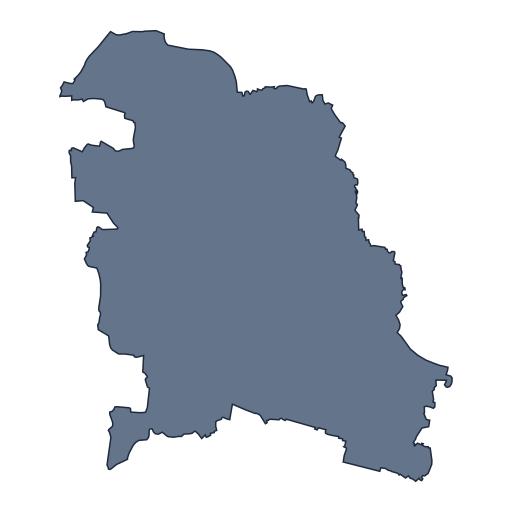 Thanh Hoa, Thanh Hóa, Vietnam
{"feature_id": "81297802B5241398972305", "entity_name": "Thanh Hoa", "entity_type": "district", "adm_level": 2, "iso_a3": "VNM", "parent_name": "Vietnam", "parent_adm1": "Thanh Hóa", "projection": "albers", "projection_center": [105.783, 19.808], "detail": "fine", "context": "isolated", "style": "filled", "palette": "slate", "viewbox_px": 512, "rotation_deg": 0, "n_neighbors": 0, "source": "geoboundaries", "source_scale": "gbopen_adm2", "svg_char_len": 5965}
<svg xmlns="http://www.w3.org/2000/svg" viewBox="0 0 512 512"><path d="M109.3,469.4L110.8,469.1L116.5,464.5L127.5,459.3L127.5,457.9L129.1,453.1L133.2,445.3L135.7,442.4L138.8,440.4L146.8,439.7L148.5,437.4L149.1,434.8L149.1,430.6L149.9,429.1L150.6,428.8L152.1,428.9L153.5,432.0L155.3,433.7L158.3,434.2L162.3,432.2L167.1,436.2L168.3,436.7L173.6,437.2L178.9,436.4L181.4,436.5L184.1,434.0L188.7,433.9L192.1,433.3L194.7,431.2L195.7,431.5L198.4,434.1L201.7,438.5L205.3,434.9L206.2,437.2L207.5,437.0L210.6,435.2L210.5,433.3L214.2,432.6L214.3,431.3L216.7,430.4L215.7,426.2L215.8,421.7L217.3,420.6L221.2,419.3L221.8,417.9L222.7,417.4L223.8,417.5L226.4,418.8L229.7,419.7L232.4,404.2L246.2,410.1L255.3,413.5L255.8,413.2L259.0,414.4L260.5,415.7L265.4,423.7L267.1,422.7L266.6,420.4L268.3,420.4L269.7,419.2L279.0,419.8L280.3,418.4L281.5,418.5L284.6,420.3L285.4,420.4L286.3,419.2L315.4,427.5L314.8,429.1L317.2,429.9L318.3,427.8L325.9,429.7L325.3,432.1L325.7,433.3L327.3,434.2L332.0,435.4L338.8,436.6L338.8,438.3L342.6,438.8L342.6,440.6L345.8,441.1L344.8,446.0L343.7,446.7L346.3,448.0L346.5,449.0L344.3,455.2L343.2,462.0L379.8,471.3L380.8,467.8L385.6,468.5L388.2,470.3L390.5,470.7L391.3,471.4L397.8,473.3L399.1,475.0L400.2,474.2L405.5,478.0L408.4,475.9L410.2,478.2L413.1,479.2L415.7,481.3L419.1,478.2L419.8,479.7L421.7,480.6L422.8,478.8L421.6,477.4L422.5,475.7L424.7,475.9L428.1,473.4L431.7,464.5L431.9,460.6L430.2,448.0L428.1,447.7L428.1,446.7L424.6,446.6L422.4,445.2L423.2,443.7L421.8,443.3L421.2,444.6L417.4,443.2L414.8,445.9L414.1,445.3L414.8,444.1L413.3,442.7L415.7,438.9L416.2,437.0L422.0,428.0L428.7,426.7L429.7,420.2L426.4,419.6L423.8,413.4L424.5,412.9L424.3,406.9L426.1,406.2L429.6,406.8L433.4,408.3L434.8,406.9L434.9,402.6L433.0,401.9L433.6,399.7L432.3,391.4L434.3,389.4L434.1,387.8L436.2,385.7L435.9,380.1L446.4,380.2L446.3,381.2L444.5,384.8L446.0,386.8L447.4,387.3L449.6,386.6L451.3,384.2L452.0,381.7L452.1,377.9L450.7,376.1L446.1,374.7L447.6,370.1L448.0,367.3L439.4,365.3L432.6,362.8L425.7,360.0L417.5,355.1L410.4,349.1L401.0,336.1L397.2,332.7L399.5,328.6L400.1,324.7L398.5,319.8L395.9,315.3L399.5,312.1L402.8,306.6L401.1,303.1L400.8,301.3L403.2,299.3L403.5,297.7L406.8,295.6L406.1,294.5L403.7,295.2L402.4,295.1L401.6,292.0L404.1,288.6L405.2,290.3L404.9,287.9L403.0,287.1L402.8,286.1L402.3,284.0L402.2,278.2L400.8,278.4L401.9,272.0L401.2,269.8L400.7,265.8L399.5,265.4L399.4,264.6L395.1,264.0L394.9,261.6L393.3,260.8L394.8,253.3L394.6,252.0L394.2,251.6L391.8,251.5L390.1,252.9L389.3,252.9L387.9,252.0L386.9,249.1L385.6,249.3L384.9,247.4L374.0,245.6L370.8,246.0L370.0,243.6L369.1,242.6L368.6,239.7L365.9,240.2L365.8,237.4L364.7,236.9L364.1,231.4L362.3,231.5L362.1,229.2L358.7,229.9L358.4,217.9L358.8,217.9L359.0,215.1L355.5,211.0L355.0,209.9L357.4,205.0L357.2,204.2L355.8,203.1L356.8,197.8L356.4,194.4L355.5,192.7L355.4,191.3L356.1,191.4L357.4,193.0L357.6,191.9L357.3,190.4L356.4,189.9L355.8,189.1L355.9,188.2L354.6,186.8L354.6,186.2L354.8,185.3L355.5,184.8L357.2,185.0L357.8,183.0L357.6,179.5L356.9,178.7L354.1,177.8L353.7,176.9L353.8,175.0L353.0,174.6L352.8,172.7L351.3,171.9L349.8,169.7L346.0,168.4L345.7,164.4L344.8,161.9L341.5,159.2L340.8,160.2L335.4,156.4L335.8,154.5L337.8,150.2L341.4,138.1L339.2,137.1L345.1,126.3L345.0,125.7L342.5,122.9L341.7,122.5L340.6,122.7L334.7,114.6L331.8,109.7L331.3,108.3L332.7,105.1L328.3,103.0L324.9,104.0L322.9,100.4L322.3,94.8L318.9,94.8L316.3,95.6L315.4,96.5L313.7,101.1L312.1,102.9L311.1,100.9L309.7,101.7L307.2,94.8L306.2,89.0L305.0,88.7L304.2,89.1L287.0,85.5L279.6,86.1L277.3,87.0L276.3,88.7L274.0,88.5L274.4,86.7L271.2,87.1L265.2,86.8L264.8,88.0L262.9,88.7L262.0,90.1L260.4,90.1L257.5,88.9L257.3,91.1L256.8,91.7L253.0,90.4L250.2,94.3L249.6,93.9L248.3,91.5L246.5,91.1L245.0,92.2L244.2,95.8L242.9,96.1L241.9,92.4L237.3,92.2L236.3,81.8L234.9,76.4L232.5,70.0L230.4,66.6L221.2,57.3L217.8,54.7L214.2,52.4L210.0,50.9L202.3,49.8L188.4,49.2L167.7,45.1L165.5,42.3L164.4,39.0L164.0,36.2L164.3,34.0L156.1,30.7L144.7,31.2L142.2,31.7L132.5,31.5L126.7,33.6L119.6,35.0L116.3,34.8L110.5,31.6L97.9,47.2L89.6,55.8L87.3,58.9L85.6,61.9L84.5,65.2L80.9,71.8L78.1,75.3L74.2,79.1L75.1,79.8L73.2,83.2L72.7,83.6L69.8,83.4L64.1,81.9L62.6,85.0L60.5,87.9L61.7,90.7L61.2,93.0L59.9,95.8L59.9,96.6L61.7,96.1L64.7,96.3L71.7,95.9L71.7,100.3L72.8,99.9L78.2,99.9L82.3,99.2L83.4,101.5L88.2,98.8L94.1,98.5L101.8,99.2L103.7,100.3L104.8,102.1L105.9,106.8L123.9,112.4L125.2,113.1L124.4,115.2L124.8,118.3L132.9,120.7L133.8,122.5L134.9,122.8L135.4,127.7L133.5,138.0L133.3,140.7L134.2,146.0L133.9,147.4L133.1,148.0L131.6,148.5L122.6,149.4L119.0,151.1L116.5,151.2L114.9,150.4L113.4,148.4L101.2,141.3L100.4,142.2L100.2,144.2L99.4,146.2L91.6,145.2L88.2,144.0L87.1,144.5L84.3,148.0L82.3,151.8L73.3,147.8L71.5,148.3L71.4,150.6L69.8,150.2L69.1,150.8L69.2,153.2L70.6,155.7L70.6,161.6L71.6,166.0L71.9,177.8L75.6,177.6L74.8,183.2L75.3,201.3L83.1,200.6L93.4,207.5L92.3,212.0L107.0,213.1L113.5,223.1L117.6,227.3L117.8,228.2L117.4,228.9L114.5,229.2L102.4,229.6L98.8,227.0L97.6,226.9L96.9,227.5L96.0,231.8L94.0,232.1L92.5,235.6L93.4,236.1L93.2,236.5L92.4,236.2L91.3,237.5L89.9,237.9L90.3,240.9L87.3,245.4L87.6,246.9L89.1,247.4L89.2,248.9L88.0,251.9L86.1,252.4L86.6,254.9L84.4,258.9L86.2,263.0L87.4,265.1L88.7,266.3L96.9,268.1L98.9,273.8L100.2,279.6L100.7,284.3L100.6,295.9L98.9,307.0L98.8,310.0L99.0,310.8L100.3,312.3L100.5,314.8L99.6,317.8L99.1,322.3L97.7,324.8L98.3,329.7L108.3,335.7L108.8,336.8L109.6,344.4L110.7,347.9L112.6,350.2L118.7,354.0L125.0,354.0L133.7,355.2L134.2,356.5L135.5,357.2L137.0,357.2L143.6,355.5L142.8,372.0L145.1,373.4L147.2,376.5L147.1,377.6L145.7,378.5L145.3,379.9L147.5,387.0L149.5,388.2L147.3,407.7L145.5,412.3L140.6,412.7L131.0,412.1L130.7,411.9L130.6,409.0L130.1,408.2L129.0,407.8L116.5,406.7L114.8,407.0L113.9,409.4L112.7,410.8L111.5,411.6L109.8,412.0L109.7,414.1L112.6,422.2L112.8,424.3L112.3,426.5L108.7,429.6L108.4,430.5L109.5,432.3L110.9,437.3L107.0,465.1L108.3,467.6L108.4,469.0L109.3,469.4Z" fill="#64748b" stroke="#1e293b" stroke-width="1.5"/></svg>